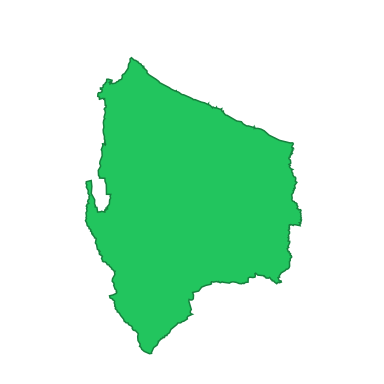 outline of Tabanan, Bali, Indonesia, rotated 165°
{"feature_id": "22746128B4646422714630", "entity_name": "Tabanan", "entity_type": "district", "adm_level": 2, "iso_a3": "IDN", "parent_name": "Indonesia", "parent_adm1": "Bali", "projection": "orthographic", "projection_center": [115.097, -8.439], "detail": "fine", "context": "isolated", "style": "filled", "palette": "green", "viewbox_px": 384, "rotation_deg": 165, "n_neighbors": 0, "source": "geoboundaries", "source_scale": "gbopen_adm2", "svg_char_len": 5972}
<svg xmlns="http://www.w3.org/2000/svg" viewBox="0 0 384 384"><g transform="rotate(165 192 192)"><path d="M279.4,50.4L274.9,46.8L272.8,46.6L272.6,47.6L269.2,51.7L265.4,53.1L263.1,55.9L263.2,56.5L261.8,56.8L260.2,58.2L259.4,57.9L257.7,59.2L256.9,58.5L255.8,59.1L255.3,60.3L253.3,59.9L252.9,60.9L250.2,61.9L248.0,64.7L241.0,67.9L239.6,69.1L236.7,68.6L235.0,69.4L233.4,69.3L229.3,70.6L229.3,71.9L228.2,73.0L223.3,73.8L224.4,74.6L224.9,76.0L224.3,77.6L223.1,78.6L223.3,87.4L222.6,89.0L221.0,87.9L219.6,87.8L218.4,88.5L217.2,92.1L217.4,94.8L211.2,94.6L207.3,97.6L202.7,98.2L197.8,98.0L197.0,98.3L197.0,99.4L196.4,100.2L194.5,99.4L191.5,99.2L190.1,98.3L189.5,98.6L188.9,97.6L187.9,97.0L186.1,97.5L185.4,96.8L179.4,94.3L177.9,94.8L175.8,94.7L172.5,93.2L170.2,91.4L167.8,90.5L166.4,90.8L165.6,90.1L163.7,90.8L161.2,90.4L160.0,94.3L158.3,94.8L155.3,93.6L153.2,93.5L152.5,94.8L152.3,96.9L151.5,97.1L150.0,94.7L144.1,92.5L144.2,91.7L143.0,90.8L142.7,89.7L140.3,89.0L139.1,89.4L138.1,86.7L137.5,86.5L137.5,85.5L135.8,84.6L135.7,83.8L133.9,81.5L132.6,82.4L130.9,81.7L129.0,81.9L129.1,83.2L130.7,83.5L131.0,87.1L129.4,87.1L129.4,88.5L126.7,90.8L122.1,92.1L121.0,93.0L119.5,92.8L117.9,93.7L116.9,95.1L115.9,99.6L114.9,100.3L114.4,102.2L112.5,103.4L112.6,104.9L113.5,105.8L112.8,107.0L113.9,108.3L113.6,109.3L114.5,109.7L114.7,112.7L112.9,113.5L113.4,114.6L110.8,117.7L110.4,119.1L111.8,119.8L110.5,121.9L111.0,123.1L110.1,123.4L110.1,125.3L108.4,127.0L108.1,128.7L108.8,130.2L107.3,131.1L107.6,132.3L107.1,132.5L106.9,134.3L106.1,134.5L106.2,135.1L104.9,135.0L102.8,133.5L102.1,134.1L100.8,133.7L96.3,131.5L96.4,132.7L95.3,133.3L96.1,134.5L94.9,134.4L93.5,136.7L94.3,137.2L93.1,138.7L93.5,140.0L92.9,140.6L92.8,142.3L92.3,143.3L92.8,144.3L91.5,145.8L91.7,146.8L93.6,147.3L93.9,148.2L94.8,148.9L93.5,150.7L94.3,152.4L93.6,153.2L94.2,154.4L95.5,155.2L95.7,156.3L97.3,157.3L97.5,159.2L96.8,160.2L96.4,163.7L94.5,165.0L93.8,166.2L93.9,167.2L92.6,167.6L92.7,169.0L91.3,169.1L91.3,171.7L88.2,174.2L89.4,175.5L88.2,178.5L88.3,179.5L89.5,180.2L90.2,182.3L89.8,184.2L90.3,184.9L90.2,187.3L88.9,187.7L90.2,188.6L91.3,190.5L91.3,191.7L90.3,192.2L91.2,193.6L89.3,194.1L89.1,194.6L88.7,197.2L89.8,199.2L89.1,200.4L88.2,200.3L87.6,202.2L86.2,202.4L86.4,203.5L85.1,203.5L85.6,204.7L84.9,205.0L85.0,205.6L83.9,205.9L84.0,207.4L82.7,207.4L82.7,208.2L84.0,209.2L83.7,210.2L81.7,212.2L82.0,213.4L84.5,214.0L94.0,219.2L102.8,226.9L106.4,232.4L109.0,234.8L111.9,236.4L114.4,237.0L114.8,238.0L114.5,238.9L115.3,238.0L115.2,238.9L115.6,238.5L116.3,238.7L120.4,241.2L122.1,241.6L125.0,244.6L126.1,247.1L130.4,249.0L138.3,257.0L139.7,257.6L141.1,260.7L140.8,262.0L141.9,262.0L142.3,263.4L141.7,264.8L143.2,264.5L146.6,266.9L146.5,267.5L147.2,267.0L148.7,267.6L149.4,268.5L150.3,268.7L150.5,268.2L152.1,271.0L153.6,272.2L153.3,273.0L154.0,272.5L156.8,274.9L159.7,276.4L165.1,280.4L166.9,280.9L167.2,281.7L169.4,283.7L174.8,288.0L176.6,288.8L179.2,292.0L180.9,293.1L181.0,294.0L182.0,293.8L185.3,296.6L187.0,298.7L195.2,306.2L195.3,307.2L197.6,310.2L203.2,316.3L204.7,318.9L204.1,320.5L206.3,324.1L206.2,324.7L206.7,324.7L206.3,325.7L207.0,325.7L206.8,326.3L208.0,327.4L208.0,328.5L210.1,330.4L210.6,332.1L211.1,332.0L212.3,333.7L213.6,334.2L215.7,337.4L217.4,336.6L217.9,334.0L220.2,331.8L221.6,328.1L226.5,323.8L228.2,323.5L229.4,322.6L229.6,321.0L230.8,319.1L233.6,318.9L234.4,318.0L236.1,317.9L237.7,317.0L240.7,317.2L241.5,318.0L243.1,317.6L242.9,318.2L243.6,319.1L242.4,319.7L241.9,319.5L242.0,318.8L241.2,319.0L240.3,320.6L243.8,322.7L245.2,322.9L246.2,320.3L247.3,320.0L247.9,319.1L250.2,318.1L250.6,316.4L251.9,315.7L253.5,316.2L253.8,315.0L252.3,313.9L253.1,312.2L254.8,311.7L256.5,312.1L257.4,311.3L258.3,308.8L256.8,307.4L257.3,305.9L258.0,305.5L254.5,305.6L252.4,304.9L253.1,304.2L252.5,303.7L252.5,302.7L253.4,298.2L252.6,297.9L253.3,295.9L254.7,295.6L255.4,294.7L254.9,293.4L255.2,290.9L257.4,287.4L257.7,286.3L257.2,285.4L258.7,284.2L259.7,281.9L260.3,277.4L261.7,275.1L262.3,272.0L262.2,268.3L263.0,265.7L262.6,264.5L263.2,263.8L262.9,262.8L263.6,262.5L263.0,260.6L263.7,259.8L264.5,261.2L265.9,261.7L266.1,259.8L268.7,256.3L268.4,254.8L269.4,250.1L272.9,245.4L273.8,243.2L273.4,241.6L273.8,240.2L276.9,237.2L278.0,232.2L277.3,230.5L277.7,229.4L272.6,227.8L273.2,224.8L272.8,221.5L275.2,211.9L271.1,210.7L272.2,209.1L272.2,207.2L273.6,205.7L275.0,201.6L277.9,199.5L277.7,198.6L278.9,198.7L278.4,197.6L279.8,197.8L280.0,196.8L280.9,197.1L281.4,195.2L284.4,196.8L285.3,196.5L288.4,197.1L287.8,201.7L289.4,202.7L288.9,203.7L289.2,205.8L288.0,209.6L289.7,216.6L287.3,223.3L286.4,229.2L291.4,229.3L292.2,227.4L291.7,226.2L292.8,224.1L291.8,220.3L292.8,217.5L291.8,215.1L292.8,214.0L293.0,212.0L294.4,211.2L295.3,209.7L294.7,207.7L296.3,207.4L297.8,205.7L297.2,204.5L298.1,203.5L298.3,200.9L299.8,199.3L300.2,195.9L301.1,194.5L300.8,193.6L302.3,191.9L301.7,189.5L301.9,186.6L300.6,184.9L300.9,183.2L300.0,182.7L299.5,181.5L300.1,180.5L299.3,179.7L299.5,177.6L298.8,177.1L299.2,176.8L297.8,173.7L298.0,172.9L297.0,172.5L296.6,171.7L298.5,167.8L297.8,165.9L298.2,161.0L297.1,160.1L297.2,158.9L296.5,158.9L296.3,158.3L297.4,157.2L297.5,155.6L296.4,155.5L296.5,154.7L295.2,153.1L296.6,151.1L296.0,149.0L296.4,148.6L295.8,147.6L294.2,147.1L293.2,146.1L292.6,143.7L291.1,143.2L290.9,141.7L289.4,139.6L289.6,138.5L288.9,138.1L287.7,135.7L286.9,135.3L287.6,134.7L287.9,132.2L291.2,128.8L292.2,126.5L291.1,124.3L291.1,122.8L291.8,122.3L291.4,118.0L290.9,117.7L290.4,115.7L291.0,115.3L290.8,114.2L291.4,113.7L295.1,113.0L298.5,113.1L298.6,111.0L296.4,109.2L296.5,108.5L295.2,107.1L295.1,106.1L295.8,105.1L295.6,102.8L296.2,101.8L295.6,100.4L296.3,99.1L294.9,96.9L295.2,95.5L294.5,95.2L293.4,93.5L292.9,91.2L291.0,87.0L290.9,84.5L290.2,84.2L289.7,82.9L287.6,81.9L287.6,80.4L285.0,78.0L284.6,76.2L285.1,75.6L284.6,74.0L283.6,73.1L282.7,73.1L280.9,69.8L280.6,69.0L281.9,66.4L282.6,62.4L281.5,58.8L281.9,57.2L282.6,56.6L281.5,55.1L281.3,53.2L279.4,50.4Z" fill="#22c55e" stroke="#15803d" stroke-width="1.5"/></g></svg>